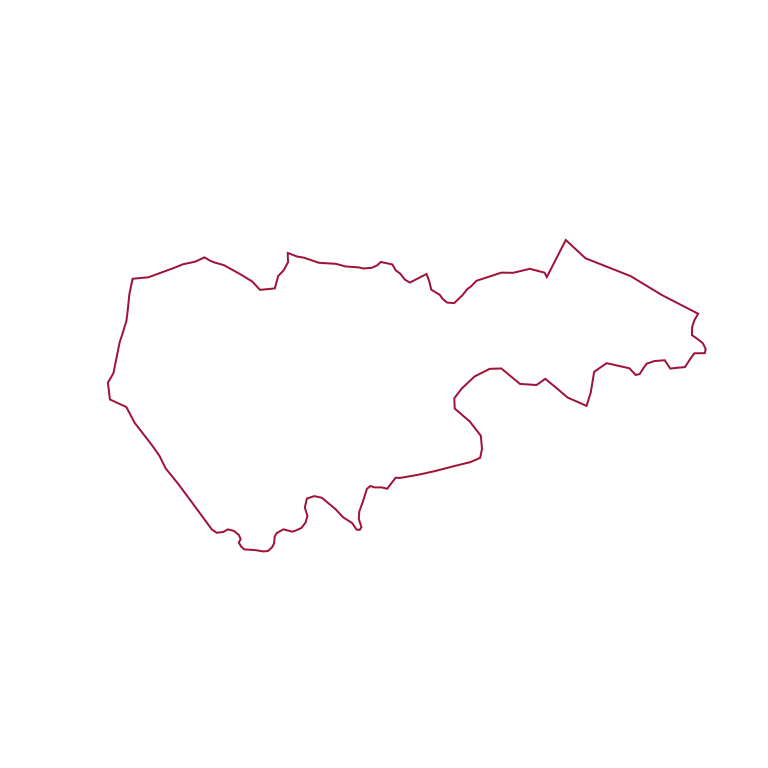 Sapele, Delta, Nigeria, rotated 117°
{"feature_id": "59680162B63156374952276", "entity_name": "Sapele", "entity_type": "district", "adm_level": 2, "iso_a3": "NGA", "parent_name": "Nigeria", "parent_adm1": "Delta", "projection": "natural_earth1", "projection_center": [5.624, 5.87], "detail": "fine", "context": "isolated", "style": "outline", "palette": "rose", "viewbox_px": 768, "rotation_deg": 117, "n_neighbors": 0, "source": "geoboundaries", "source_scale": "gbopen_adm2", "svg_char_len": 2074}
<svg xmlns="http://www.w3.org/2000/svg" viewBox="0 0 768 768"><g transform="rotate(117 384 384)"><path d="M310.9,529.2L314.5,527.4L318.9,524.8L328.3,525.0L335.8,527.3L348.4,524.7L356.4,537.2L352.5,548.0L351.4,562.2L350.8,580.7L352.8,590.9L353.1,594.6L352.7,601.5L360.8,607.8L368.5,617.4L375.4,623.4L395.8,642.3L404.4,655.8L419.7,651.6L436.8,645.0L444.9,642.1L458.2,639.8L466.7,638.5L497.2,630.0L508.2,630.6L522.2,621.2L521.5,603.1L531.7,588.7L543.6,563.5L550.0,551.4L558.3,540.3L559.4,537.8L566.6,521.7L574.8,505.1L591.8,471.3L592.5,465.5L588.9,460.1L584.4,457.1L583.0,451.0L584.4,444.8L587.3,441.3L591.2,441.4L593.7,437.5L594.8,433.4L590.4,423.2L587.9,415.3L585.4,411.5L580.2,409.6L575.8,409.6L569.7,412.1L565.5,411.9L559.2,407.7L557.2,398.7L555.0,396.4L549.7,392.2L543.0,391.0L536.4,392.3L529.9,398.5L521.1,400.7L515.6,395.3L513.6,387.8L515.5,379.2L517.7,369.8L521.3,360.2L522.4,349.2L526.2,342.3L525.0,339.4L521.8,339.1L515.7,345.2L508.9,348.1L498.0,349.5L485.3,351.6L481.1,349.9L480.4,345.5L477.2,339.1L475.9,333.6L462.2,331.1L460.5,327.2L451.0,314.5L448.6,311.4L438.4,299.0L424.5,283.3L414.3,271.5L406.1,264.8L397.2,267.3L386.2,274.2L378.5,290.5L373.8,309.8L364.8,314.9L352.8,312.7L336.3,306.8L322.5,296.7L316.9,286.5L322.2,262.9L315.6,247.6L306.2,242.7L309.0,229.7L312.7,214.4L311.6,193.6L297.8,195.9L277.7,202.3L264.4,195.1L258.6,172.6L261.7,163.8L259.0,160.7L253.3,160.2L246.6,159.2L240.8,153.5L235.4,144.7L240.3,135.9L237.2,131.3L232.3,123.5L222.5,122.5L215.8,121.5L210.9,112.2L206.9,113.2L202.9,118.4L201.4,126.2L200.7,131.8L193.1,135.4L186.0,136.4L178.8,136.0L178.6,176.8L175.9,213.2L180.5,261.6L173.2,287.4L214.8,287.5L211.9,291.4L215.2,306.4L226.3,319.4L231.5,330.0L250.1,348.5L257.9,350.9L261.3,352.8L269.2,354.4L280.1,358.2L282.8,364.8L281.5,370.6L279.2,374.9L278.7,381.8L278.5,384.7L271.8,390.4L266.7,396.1L281.9,407.0L281.5,412.8L278.3,419.7L277.3,425.4L273.7,430.8L276.7,442.2L281.7,444.1L286.1,447.8L290.4,454.8L291.6,459.5L296.7,471.6L298.8,481.5L305.5,496.9L307.8,512.6L309.9,519.5L310.9,529.2Z" fill="none" stroke="#9f1239" stroke-width="2"/></g></svg>